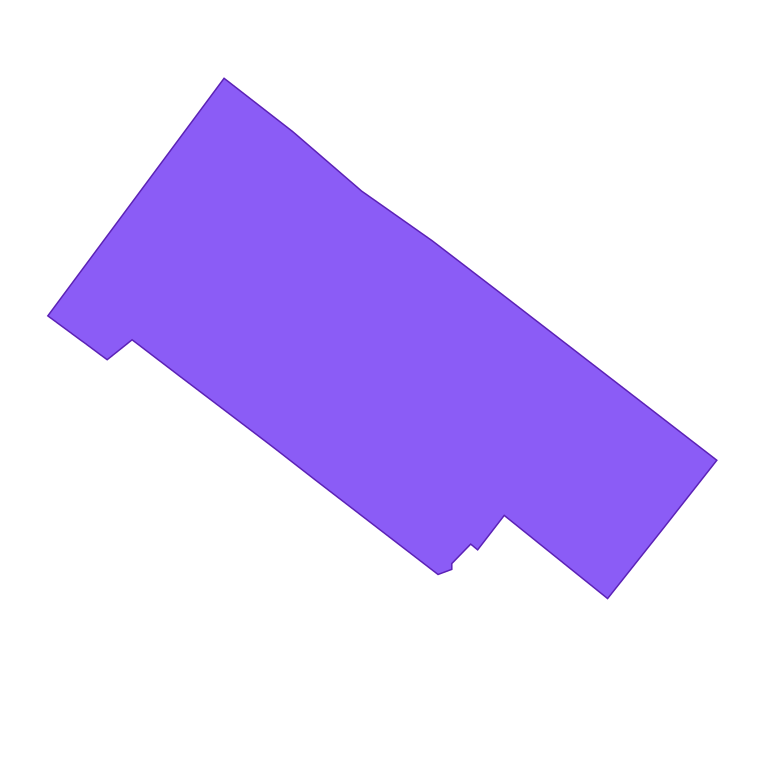 outline of Craighead, Arkansas, United States of America, rotated 217°
{"feature_id": "52423323B20567432013188", "entity_name": "Craighead", "entity_type": "district", "adm_level": 2, "iso_a3": "USA", "parent_name": "United States of America", "parent_adm1": "Arkansas", "projection": "robinson", "projection_center": [-90.631, 35.848], "detail": "fine", "context": "isolated", "style": "filled", "palette": "violet", "viewbox_px": 768, "rotation_deg": 217, "n_neighbors": 0, "source": "geoboundaries", "source_scale": "gbopen_adm2", "svg_char_len": 491}
<svg xmlns="http://www.w3.org/2000/svg" viewBox="0 0 768 768"><g transform="rotate(217 384 384)"><path d="M72.3,523.4L341.1,526.6L431.5,527.4L518.0,524.6L608.4,530.6L695.7,531.9L693.5,236.1L690.6,236.1L651.6,236.5L648.9,236.6L627.3,236.7L619.7,236.8L611.8,267.7L551.3,267.3L521.6,267.2L447.4,266.9L432.8,266.8L380.7,266.0L226.2,264.4L218.3,276.8L221.8,281.4L218.4,308.3L209.4,307.9L208.9,351.4L76.3,347.2L74.1,435.5L72.3,523.4Z" fill="#8b5cf6" stroke="#5b21b6" stroke-width="1.5"/></g></svg>